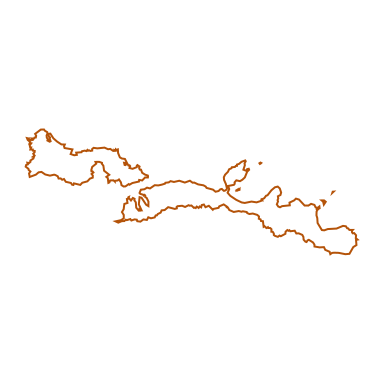 the district of Donggala, Sulawesi Tengah, Indonesia, rotated 92°
{"feature_id": "22746128B11403753934380", "entity_name": "Donggala", "entity_type": "district", "adm_level": 2, "iso_a3": "IDN", "parent_name": "Indonesia", "parent_adm1": "Sulawesi Tengah", "projection": "mercator", "projection_center": [119.813, -0.351], "detail": "fine", "context": "isolated", "style": "outline", "palette": "amber", "viewbox_px": 384, "rotation_deg": 92, "n_neighbors": 0, "source": "geoboundaries", "source_scale": "gbopen_adm2", "svg_char_len": 6088}
<svg xmlns="http://www.w3.org/2000/svg" viewBox="0 0 384 384"><g transform="rotate(92 192 192)"><path d="M239.3,25.8L234.2,26.4L233.8,24.9L232.4,26.7L229.5,26.5L227.4,28.5L227.7,29.9L226.7,30.7L225.3,30.8L224.3,30.0L224.4,33.4L222.9,34.7L222.8,35.7L220.9,37.0L220.6,39.9L223.5,46.3L224.3,55.0L225.7,58.5L225.5,60.9L218.6,65.4L213.6,65.9L211.0,66.8L207.1,66.8L205.8,66.1L205.1,66.8L204.1,66.6L204.3,65.8L203.4,66.1L203.1,67.9L200.6,69.2L199.7,72.6L201.5,75.2L201.6,79.0L195.8,84.8L195.0,87.9L196.8,89.6L199.2,94.2L201.9,93.8L203.0,101.5L204.2,103.5L203.5,105.3L201.4,106.8L198.4,105.7L197.1,106.2L195.5,105.6L193.3,106.0L191.9,103.5L189.4,102.9L185.4,104.4L183.6,106.5L184.4,109.3L187.5,112.7L192.6,116.4L193.2,117.9L195.7,119.6L196.6,121.3L197.7,121.3L197.0,122.3L198.5,122.7L200.1,127.1L199.5,132.2L201.1,138.9L200.7,142.0L198.3,147.5L194.5,153.6L191.5,156.4L187.8,154.9L184.7,156.1L183.4,150.4L182.3,149.6L180.9,149.8L178.8,148.1L179.5,144.4L177.9,142.0L175.6,139.7L169.8,137.6L167.8,135.7L166.8,136.1L167.2,137.7L168.9,138.6L167.9,141.4L163.3,140.1L161.7,140.5L159.4,139.4L158.6,139.9L160.1,143.6L162.3,146.0L163.0,148.0L164.3,148.0L164.4,149.2L165.5,150.0L165.9,153.1L166.9,153.4L168.0,155.7L170.6,156.8L173.5,159.5L176.1,160.7L178.7,160.4L182.9,158.4L187.2,157.2L188.4,157.6L189.6,159.3L189.7,160.3L187.9,162.3L188.3,163.8L190.1,165.5L190.9,168.5L188.9,171.1L187.4,177.6L186.1,178.5L184.9,180.8L184.2,186.1L182.5,190.1L182.7,191.7L180.8,194.5L182.8,199.5L181.2,205.1L182.6,210.4L181.9,213.8L183.2,215.6L183.7,218.9L184.6,219.3L185.7,222.4L186.6,225.9L186.5,229.5L189.9,234.1L189.2,237.1L190.9,239.6L191.5,243.2L194.8,244.4L195.7,243.6L196.4,240.7L197.2,240.2L196.5,239.3L197.2,238.6L198.7,238.5L199.5,237.1L203.1,235.2L207.6,235.1L206.3,237.4L199.5,242.2L199.0,244.2L206.2,244.7L211.6,242.0L211.1,243.5L212.4,243.0L212.5,244.6L209.6,247.2L204.3,247.8L202.3,249.3L200.0,249.1L200.7,249.3L200.0,250.9L202.6,252.7L199.8,255.2L199.2,255.0L199.4,255.4L201.1,255.8L201.3,256.8L205.2,256.1L206.3,259.2L211.6,259.7L214.5,261.3L217.3,259.4L220.7,259.3L222.6,261.9L224.0,267.4L225.2,264.6L223.6,261.2L223.4,258.6L222.0,257.2L222.4,256.2L221.2,252.7L222.6,251.6L221.4,248.5L221.6,246.2L223.1,245.7L223.4,242.5L221.1,239.6L221.5,236.1L218.8,234.8L219.7,232.1L218.7,228.4L216.7,227.5L216.6,226.3L215.2,225.4L213.7,222.6L211.4,221.7L211.0,218.7L208.0,215.3L209.5,208.6L208.9,206.6L207.4,206.8L206.7,206.0L206.1,201.4L207.2,198.4L205.3,194.9L205.8,193.8L205.5,192.1L207.8,189.5L207.4,188.6L207.9,187.7L206.4,186.7L207.7,184.8L206.2,183.8L207.0,182.3L204.7,181.8L204.1,179.7L206.7,178.0L205.2,174.7L209.0,170.6L208.2,170.1L206.9,164.9L205.4,164.3L203.3,159.9L205.6,156.3L206.1,156.6L206.7,155.3L208.7,154.1L210.5,149.6L209.4,144.6L210.0,141.8L209.5,140.5L210.1,136.6L211.1,136.1L212.0,133.9L211.4,130.5L212.6,126.0L214.1,124.2L216.4,124.3L217.0,122.5L218.6,122.0L218.7,120.1L224.2,119.2L223.6,118.4L225.4,116.4L224.5,114.9L225.3,114.6L225.3,112.5L226.4,111.3L228.9,111.3L229.0,109.9L230.6,108.8L232.2,108.7L233.0,107.4L233.8,104.6L232.5,103.0L233.1,101.7L230.5,97.2L228.4,97.1L226.7,95.4L227.4,94.3L226.8,93.3L227.8,92.4L227.1,88.0L229.8,86.3L229.6,83.9L231.0,80.3L233.0,79.1L235.7,78.8L237.7,76.9L238.0,75.8L236.3,74.8L235.7,73.6L238.2,69.3L240.3,67.8L242.2,67.7L242.9,62.5L242.5,58.2L245.2,56.8L246.9,52.4L249.3,51.6L248.0,49.9L247.7,47.8L247.7,43.2L248.8,36.6L248.3,32.5L241.4,28.9L239.3,25.8ZM188.9,260.5L188.7,258.7L186.3,255.5L186.9,254.7L185.1,251.9L183.4,245.4L181.8,245.2L182.2,242.2L179.1,239.4L179.0,236.6L177.8,236.5L177.1,236.7L176.3,239.5L174.5,242.5L171.5,243.7L171.4,245.0L169.8,245.7L168.4,245.3L167.0,247.5L167.7,248.1L169.1,248.1L170.9,252.2L170.2,255.3L168.3,254.7L167.5,255.4L167.8,256.4L166.4,257.3L166.8,258.5L166.4,259.3L167.4,259.7L167.3,260.3L165.2,260.9L165.3,260.0L165.6,259.7L165.4,260.2L165.9,260.2L165.5,259.4L166.5,258.5L165.8,257.7L161.3,260.2L161.0,263.2L159.9,265.3L155.7,267.2L152.0,267.6L152.6,269.0L152.1,269.6L153.1,269.7L152.9,270.5L153.5,270.1L153.7,272.2L151.8,275.2L152.2,277.4L150.7,281.0L151.7,288.1L151.3,291.9L152.6,293.3L154.1,293.2L154.5,295.0L153.9,296.4L154.4,297.3L153.6,298.0L154.8,299.0L154.4,300.6L155.1,303.4L156.1,303.8L156.7,309.1L158.9,308.4L159.4,311.0L158.3,314.6L153.6,313.0L152.5,320.9L150.8,321.5L149.0,320.8L149.0,324.2L146.3,328.6L143.2,332.4L138.6,335.6L138.8,337.1L139.9,337.4L141.9,336.8L142.4,335.8L145.2,336.3L145.1,335.5L146.2,335.1L146.7,336.0L145.6,338.3L144.2,337.9L142.8,339.0L140.6,339.3L138.6,338.5L137.2,338.8L135.9,341.2L134.7,342.1L134.9,345.3L139.4,350.8L141.2,349.7L143.0,350.0L143.1,351.3L144.1,351.8L144.1,353.7L144.8,352.6L145.5,352.9L145.7,356.2L145.2,357.0L144.3,356.9L143.9,358.8L145.7,358.0L147.7,355.4L148.8,355.9L149.0,354.4L150.0,355.1L149.7,356.8L150.3,356.0L153.1,355.3L153.1,354.3L155.2,355.0L155.1,352.6L156.2,352.5L156.5,350.6L157.8,350.7L159.3,352.0L161.1,350.6L162.3,352.1L162.5,351.2L164.1,351.7L166.2,354.6L167.5,354.5L168.8,355.9L167.8,356.3L168.7,356.4L168.5,357.6L170.2,357.2L170.8,358.7L172.5,359.1L174.5,356.3L175.7,356.0L177.2,354.2L179.1,355.5L182.6,354.7L180.1,348.6L177.7,346.0L177.2,343.1L179.6,339.3L180.6,334.5L179.5,330.4L179.8,329.1L181.0,326.7L183.2,325.8L183.0,323.7L184.3,322.2L183.5,320.4L186.2,318.5L187.2,313.3L188.9,312.1L189.1,310.8L187.5,310.3L188.8,303.9L186.6,302.0L185.0,296.9L182.2,294.5L181.1,291.7L179.0,291.7L177.5,293.0L175.9,291.2L174.8,292.2L174.8,293.2L173.6,293.4L170.4,292.6L167.0,288.7L165.3,289.5L165.1,285.8L166.0,283.0L167.0,283.0L168.8,281.5L173.8,280.6L177.7,275.3L179.9,278.1L181.1,276.6L185.8,275.9L185.3,274.9L183.3,274.2L183.1,270.9L184.0,269.8L183.6,269.9L183.1,266.8L182.0,265.4L184.8,263.4L187.6,262.7L188.9,260.5ZM197.1,58.0L195.8,59.7L195.9,62.1L197.1,60.6L200.0,59.8L197.1,58.0ZM204.5,65.3L203.8,63.9L202.0,64.2L203.2,65.6L204.5,65.3ZM187.9,51.7L186.7,50.5L186.8,51.4L187.9,51.7ZM161.6,125.1L161.1,124.3L160.6,123.8L160.2,124.6L160.9,125.6L161.6,125.1ZM188.2,144.6L187.4,144.6L188.6,145.8L188.2,144.6ZM189.0,147.2L189.0,146.6L188.5,146.3L188.9,147.2L188.3,147.0L188.7,147.6L189.0,147.2Z" fill="none" stroke="#b45309" stroke-width="2"/></g></svg>